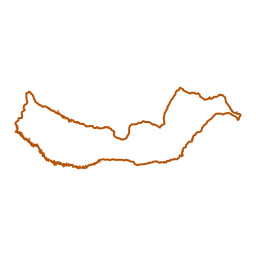 the district of El Cerrito, Valle del Cauca, Colombia
{"feature_id": "7082276B46612550724020", "entity_name": "El Cerrito", "entity_type": "district", "adm_level": 2, "iso_a3": "COL", "parent_name": "Colombia", "parent_adm1": "Valle del Cauca", "projection": "mercator", "projection_center": [-76.228, 3.687], "detail": "fine", "context": "isolated", "style": "outline", "palette": "amber", "viewbox_px": 256, "rotation_deg": 0, "n_neighbors": 0, "source": "geoboundaries", "source_scale": "gbopen_adm2", "svg_char_len": 5793}
<svg xmlns="http://www.w3.org/2000/svg" viewBox="0 0 256 256"><path d="M240.6,115.1L239.5,114.0L237.3,113.9L236.8,112.5L235.7,113.0L234.1,112.8L231.7,110.9L231.5,109.7L230.3,108.8L230.2,107.7L226.3,102.6L225.9,101.5L225.1,97.5L222.4,95.1L221.6,94.9L220.7,95.2L219.7,94.6L217.4,96.5L216.5,96.8L214.3,96.8L212.5,98.3L211.3,98.9L210.6,98.8L209.5,97.5L208.5,98.7L207.0,99.3L204.5,99.7L202.4,97.9L200.2,96.6L199.6,94.8L198.2,93.3L197.1,93.7L195.8,93.8L194.5,92.8L191.5,92.8L190.2,93.6L183.4,90.5L182.8,89.1L179.9,87.8L178.8,89.9L178.4,90.3L177.0,90.7L175.7,92.2L175.3,94.6L174.1,95.7L172.8,98.3L171.3,99.7L169.1,104.4L167.4,106.9L167.5,108.6L166.3,109.9L165.5,112.1L164.7,113.0L163.7,118.6L164.3,121.9L164.3,124.1L163.2,124.4L160.8,126.0L159.9,127.5L154.6,124.4L154.0,124.3L153.2,124.8L149.6,122.3L148.2,121.9L147.0,122.2L145.9,121.9L144.9,122.0L143.6,121.2L142.9,121.3L140.8,123.0L138.7,122.7L136.7,124.1L135.6,124.4L132.0,124.3L129.9,125.9L129.3,127.6L129.1,132.8L128.6,134.2L127.4,136.0L127.4,136.5L126.5,137.5L126.4,138.1L124.4,139.2L122.7,139.6L121.2,139.1L120.7,139.3L119.5,138.3L117.3,138.1L115.7,136.9L114.5,136.4L113.8,133.8L114.4,132.4L113.6,131.1L111.7,130.1L111.0,128.9L109.1,128.1L108.7,127.3L107.8,127.6L106.9,127.1L105.0,127.1L104.9,127.5L104.3,127.3L103.5,128.0L99.7,128.5L98.6,127.8L98.2,128.1L97.0,127.1L95.9,127.9L94.7,128.1L93.4,127.5L92.6,126.0L89.9,126.0L88.3,126.4L87.8,126.1L86.3,126.5L84.2,124.5L82.7,123.7L82.1,124.0L79.5,123.6L79.1,123.4L79.1,122.7L78.0,122.4L77.6,121.9L76.7,122.1L76.6,122.7L75.1,122.0L74.2,122.0L73.5,120.5L73.0,120.3L71.9,120.3L71.3,120.8L71.1,120.2L70.2,121.1L69.7,120.9L69.2,121.4L68.9,120.8L69.4,120.7L69.3,119.8L68.1,119.2L67.7,118.2L65.8,118.4L65.8,118.1L65.2,117.9L65.2,117.4L64.6,117.3L63.8,116.4L63.0,117.6L62.1,116.5L62.1,115.8L60.9,115.2L60.5,114.4L59.0,114.0L58.9,113.4L57.7,113.6L57.3,113.0L57.4,112.5L57.0,112.9L56.8,112.6L56.3,112.8L55.1,112.4L54.5,111.2L53.6,110.7L52.3,110.8L51.8,110.3L51.2,110.4L49.8,109.0L49.1,108.9L49.0,108.4L48.5,108.5L48.3,107.8L47.8,107.8L46.4,106.9L44.7,106.2L43.1,106.9L42.1,106.5L41.2,105.5L38.8,104.8L38.3,103.8L35.5,102.0L34.9,99.9L34.1,99.3L33.4,96.5L32.6,94.7L31.0,93.8L30.7,92.8L29.7,91.9L29.0,91.7L28.3,92.6L26.5,93.2L26.3,93.6L26.6,99.2L27.4,102.4L26.7,103.8L24.6,105.0L23.8,106.6L23.6,108.5L24.6,109.6L24.7,110.1L21.9,112.0L21.7,113.4L22.2,116.0L21.9,117.6L21.6,118.1L19.8,118.0L18.5,118.5L18.4,120.5L16.3,121.9L15.7,122.9L15.4,124.0L16.7,125.4L16.6,126.0L17.3,126.2L17.4,127.2L16.9,127.8L17.3,128.0L17.7,128.6L16.9,130.6L16.4,130.7L15.8,131.8L17.1,132.1L17.8,132.7L18.1,132.2L19.0,132.9L19.2,132.3L20.2,133.2L20.8,132.7L21.1,133.2L20.7,133.9L21.6,133.7L21.8,134.0L20.8,134.6L20.9,135.5L21.5,135.9L21.6,135.4L22.1,135.5L22.3,135.9L22.0,136.1L22.8,137.3L23.2,137.2L23.0,136.8L23.4,136.6L23.9,138.6L24.9,139.5L25.7,138.7L25.8,139.2L26.8,139.4L27.1,139.9L28.4,139.5L27.7,140.5L27.8,141.3L28.5,141.7L28.5,141.3L28.8,141.1L29.0,141.7L29.4,141.5L29.5,142.4L30.5,142.6L30.5,143.1L31.2,143.1L30.8,143.9L31.2,144.5L31.4,143.7L32.3,144.2L32.4,145.4L33.2,145.3L32.9,145.7L33.3,146.2L33.9,144.8L34.4,145.6L35.0,145.8L35.4,145.7L35.7,145.1L36.2,145.1L36.2,144.7L37.0,144.7L36.7,145.9L37.1,146.2L38.1,146.2L38.0,147.0L39.4,148.5L39.8,150.1L40.6,150.2L39.5,151.1L39.7,151.7L40.6,151.3L40.8,151.8L41.2,151.5L41.5,151.8L41.1,152.7L41.8,152.5L41.9,153.2L42.8,153.7L43.0,153.3L43.3,153.3L42.9,154.6L43.5,154.9L44.1,154.8L44.2,155.7L43.1,155.3L42.6,155.6L43.0,156.1L44.5,156.5L44.6,157.1L45.7,158.0L45.4,158.5L45.7,159.0L46.6,158.7L46.8,160.2L48.4,159.4L48.7,159.8L48.4,160.3L48.6,160.6L49.4,160.1L50.9,160.7L51.3,160.9L51.4,161.8L52.6,161.9L53.1,162.7L53.6,161.8L54.0,162.9L54.5,161.8L55.2,162.6L55.2,163.4L55.6,162.7L56.0,162.9L55.9,163.4L56.2,164.3L57.4,163.0L56.9,162.4L57.4,162.3L58.0,162.6L58.6,162.2L59.8,162.6L59.0,163.1L59.2,164.0L59.9,164.1L60.4,163.4L61.8,164.6L62.4,164.4L63.1,165.7L63.7,164.0L64.1,164.1L64.7,165.3L65.2,164.6L65.8,165.2L66.5,164.1L67.1,165.2L68.6,164.2L69.2,164.5L69.1,165.6L71.4,164.8L72.9,165.2L73.0,166.7L74.5,166.7L75.7,166.2L76.3,167.1L77.1,166.7L77.7,166.9L77.7,167.8L78.3,167.7L78.7,168.2L79.7,167.8L80.0,166.9L80.6,167.7L81.5,167.4L83.2,168.0L83.4,166.7L84.9,168.0L85.7,167.7L85.9,166.3L86.9,167.1L87.3,166.2L88.3,165.9L88.6,165.3L90.6,164.8L91.3,164.9L92.0,164.2L93.0,164.4L94.0,163.8L94.4,164.2L94.7,163.3L95.3,163.6L95.7,163.1L96.4,163.0L96.7,162.5L97.1,162.7L98.5,160.8L99.3,161.3L99.2,160.2L99.5,159.9L100.4,159.9L103.3,159.2L104.9,159.7L107.7,159.5L109.8,160.1L112.4,159.3L115.5,159.8L116.8,159.7L117.4,160.1L119.6,159.6L123.6,160.1L124.5,160.5L126.3,159.7L127.8,160.5L129.0,160.4L129.5,161.1L131.6,161.7L133.4,161.8L134.0,162.4L134.6,164.0L137.4,165.2L139.9,164.4L143.9,164.2L145.2,163.8L145.7,163.9L147.9,163.4L148.6,162.7L149.3,163.0L150.1,162.6L151.9,162.5L152.9,161.8L156.2,161.3L158.3,162.0L159.1,162.8L160.1,162.8L160.6,162.3L163.5,162.2L164.3,162.7L165.0,162.0L166.4,162.4L166.9,161.1L167.7,160.8L168.6,161.0L169.5,160.6L169.9,160.9L170.6,160.0L172.0,159.6L173.5,159.5L174.3,158.9L176.1,159.4L177.2,159.1L179.1,157.5L179.6,156.6L179.8,155.4L181.1,155.4L182.0,156.2L182.6,155.6L182.4,155.1L182.6,154.6L181.9,153.4L182.2,152.0L182.8,151.6L182.5,151.0L182.8,150.4L182.8,149.4L183.3,148.9L183.8,147.8L185.5,147.3L186.1,146.7L185.9,145.2L187.5,143.6L188.1,142.4L189.6,141.5L190.5,141.7L191.8,141.4L191.6,140.9L192.0,140.0L192.7,139.4L192.3,138.6L193.0,137.7L193.0,137.1L193.7,135.6L195.4,134.8L196.1,133.2L197.3,132.3L199.2,132.1L200.9,131.3L201.5,130.3L202.1,127.8L204.2,125.3L206.5,123.5L207.3,121.5L211.4,118.6L214.3,115.3L216.1,113.7L220.6,113.6L222.7,114.5L226.2,113.2L228.5,113.0L231.1,114.0L232.3,115.1L235.2,116.3L236.6,117.5L237.9,119.9L238.6,119.5L238.4,118.9L239.0,118.3L239.4,116.8L240.0,116.3L240.6,115.1Z" fill="none" stroke="#b45309" stroke-width="2"/></svg>